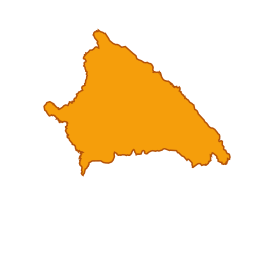 Tlanchinol, Hidalgo, Mexico, rotated 137°
{"feature_id": "50627088B11315942998338", "entity_name": "Tlanchinol", "entity_type": "district", "adm_level": 2, "iso_a3": "MEX", "parent_name": "Mexico", "parent_adm1": "Hidalgo", "projection": "robinson", "projection_center": [-98.632, 21.045], "detail": "fine", "context": "isolated", "style": "filled", "palette": "amber", "viewbox_px": 256, "rotation_deg": 137, "n_neighbors": 0, "source": "geoboundaries", "source_scale": "gbopen_adm2", "svg_char_len": 5817}
<svg xmlns="http://www.w3.org/2000/svg" viewBox="0 0 256 256"><g transform="rotate(137 128 128)"><path d="M174.8,200.9L176.7,197.8L176.3,196.1L177.0,193.7L177.3,190.8L177.1,190.3L174.9,189.6L174.9,188.7L173.7,188.1L173.4,187.4L173.5,186.8L173.1,186.4L173.4,184.2L173.2,183.9L173.5,183.4L174.0,183.3L173.6,183.0L173.3,183.3L173.0,183.1L173.2,181.7L174.1,180.6L173.4,181.0L173.8,180.0L173.7,179.9L173.1,180.5L172.8,180.0L173.1,179.2L173.8,179.3L173.6,179.7L173.9,179.6L174.1,179.4L173.9,179.1L174.1,179.0L174.6,178.3L173.4,178.9L173.4,179.2L172.9,178.5L172.6,178.5L172.8,178.0L172.1,177.2L172.5,176.4L171.6,177.2L171.1,176.6L170.2,176.4L169.6,175.4L169.2,175.1L168.6,173.4L168.9,172.9L169.2,173.3L169.5,173.0L170.7,171.3L170.9,171.5L171.9,171.2L172.7,171.5L173.2,170.9L173.0,169.5L174.2,169.5L174.8,168.8L175.6,168.6L176.5,165.1L176.3,163.5L177.0,163.2L177.6,163.9L178.7,162.7L178.6,161.5L178.2,160.6L179.0,159.1L179.3,154.6L179.9,154.0L179.0,152.6L178.9,151.2L179.1,150.5L180.5,148.5L180.6,147.5L181.1,147.0L181.0,146.8L180.9,147.2L180.0,147.1L180.3,147.0L180.3,145.3L180.6,144.3L179.8,144.5L179.6,144.9L179.1,144.7L179.3,144.3L179.0,143.6L179.2,142.9L178.5,142.7L178.3,142.3L178.6,142.1L177.9,141.8L177.7,141.1L179.2,141.9L179.7,141.6L179.6,142.5L180.1,142.3L179.7,140.7L180.5,140.6L181.5,139.8L181.8,140.2L182.4,139.7L182.9,139.9L183.5,139.5L183.2,139.5L183.4,137.7L184.2,138.0L184.9,136.9L185.5,137.1L186.0,136.2L187.5,135.4L187.4,135.0L188.0,134.4L188.4,133.2L188.2,132.7L188.3,131.0L188.9,130.2L190.9,128.7L191.4,127.1L192.9,126.8L193.4,125.2L193.2,124.0L192.3,124.5L190.7,124.8L187.3,127.1L185.9,126.7L184.1,127.3L183.3,127.2L182.4,127.9L181.7,127.8L180.3,129.1L176.6,128.3L170.3,122.6L169.5,119.6L168.1,117.7L166.1,115.6L163.1,114.4L160.8,114.7L157.5,116.3L155.9,118.5L154.4,119.4L153.6,117.0L154.0,116.0L153.6,114.6L152.1,113.6L151.9,113.0L150.3,112.3L148.6,110.5L147.9,109.0L146.8,108.7L146.0,107.4L145.3,106.9L143.8,106.9L142.1,107.3L141.7,107.8L139.7,108.4L138.5,108.3L138.5,107.4L139.4,105.7L139.6,104.1L140.3,102.8L138.4,102.2L138.1,101.5L136.2,100.1L133.4,101.4L132.3,101.2L131.9,100.6L131.9,99.4L132.8,98.6L132.8,97.8L132.3,96.7L131.1,96.0L130.6,96.3L128.7,96.0L126.5,95.3L125.3,94.5L123.7,92.3L121.9,91.4L121.1,90.1L118.0,88.6L116.5,88.6L115.2,87.7L112.9,83.2L112.3,83.0L108.0,78.4L108.5,76.1L107.8,75.5L107.6,70.8L106.7,69.0L106.9,64.2L105.7,64.4L105.3,64.2L104.9,63.2L104.9,59.2L105.2,58.4L106.3,57.4L106.8,55.6L107.2,55.7L107.6,55.3L107.4,54.9L101.4,54.2L100.5,53.7L99.4,52.6L99.6,50.4L97.5,49.4L96.6,47.9L96.3,47.7L96.0,48.1L95.8,47.6L95.5,47.5L93.4,47.4L92.9,47.7L92.3,47.8L92.1,48.2L91.5,48.3L91.5,48.0L89.5,47.8L89.0,48.9L88.5,49.2L86.2,51.9L86.1,51.4L86.0,51.7L85.3,51.4L83.3,52.3L82.9,51.6L82.3,47.3L82.7,46.1L83.5,45.5L83.3,44.5L83.5,43.6L84.7,42.3L83.7,39.8L82.8,38.8L83.7,37.9L83.4,37.5L83.1,36.5L81.6,35.6L81.4,35.1L80.9,35.3L80.7,35.0L80.5,35.4L80.1,35.0L79.6,35.6L79.4,35.1L79.2,35.2L78.4,36.1L77.3,36.0L77.0,36.7L76.1,37.6L76.0,36.7L75.3,36.4L75.3,36.1L75.1,35.9L74.0,36.8L73.3,37.1L71.9,39.6L72.0,40.3L72.9,41.7L72.4,43.6L71.8,45.1L72.5,46.4L72.5,47.3L70.7,48.9L70.6,51.3L68.1,53.9L68.6,55.2L70.3,55.7L70.5,56.1L69.8,57.3L68.6,57.4L67.6,58.4L66.5,59.5L65.8,60.8L66.1,62.8L65.8,63.5L65.5,67.8L66.1,70.1L67.2,71.3L67.7,72.8L67.8,74.8L67.5,75.5L67.2,78.0L67.6,79.3L67.4,81.2L67.0,81.8L67.0,90.7L66.5,91.2L65.8,93.2L65.9,94.5L66.5,96.1L64.2,100.0L64.5,100.6L64.6,102.4L65.3,104.7L64.9,107.5L65.3,108.6L65.5,111.0L66.0,111.1L64.9,112.3L65.2,112.5L65.4,114.3L65.1,114.4L65.1,114.8L65.5,115.8L65.0,117.6L65.2,118.1L64.5,118.5L65.2,120.1L63.6,120.8L62.7,121.9L62.6,122.7L62.8,122.6L63.2,122.9L63.1,123.1L64.3,123.7L64.5,124.2L64.1,125.2L65.4,125.8L65.5,126.3L66.0,126.5L66.4,126.3L66.6,127.7L66.0,127.9L65.9,128.9L66.4,129.8L65.9,130.1L66.4,130.6L66.2,130.9L66.8,131.2L66.5,131.7L66.0,131.4L66.6,134.8L67.5,135.5L68.7,137.5L69.1,138.8L69.2,139.6L68.7,142.2L67.6,144.4L67.9,144.8L67.8,145.2L67.0,146.0L66.9,145.8L66.6,146.5L67.0,147.1L66.9,147.5L67.3,147.3L67.9,147.7L67.8,148.2L69.7,149.7L70.1,150.9L70.9,151.3L71.1,151.1L71.5,151.5L70.7,151.9L70.5,153.0L69.8,154.1L68.5,154.9L68.3,155.7L67.9,155.9L67.7,156.5L67.7,157.5L67.3,158.2L67.6,159.6L68.7,161.1L69.2,162.9L70.5,163.6L71.9,165.4L71.8,165.8L72.4,168.1L73.7,170.7L74.3,172.7L72.9,175.5L73.5,179.1L74.4,189.4L77.6,191.4L78.2,194.9L79.0,196.5L80.2,197.5L81.3,200.2L81.8,204.2L81.6,205.6L81.2,206.4L80.1,212.8L81.0,213.4L81.2,215.0L82.5,217.3L82.9,219.9L83.7,219.1L84.2,219.1L84.5,219.4L84.4,220.0L84.8,220.6L85.7,220.2L86.9,221.0L88.4,220.7L89.2,219.9L90.0,219.8L89.9,219.1L90.9,216.3L91.1,212.0L91.4,211.5L92.1,211.6L92.7,211.0L93.2,208.7L94.9,206.5L95.8,208.8L96.3,209.2L97.2,209.4L99.4,209.2L101.1,209.5L102.8,210.9L105.4,210.5L107.1,210.8L107.7,211.6L108.5,210.5L109.4,210.5L109.8,211.2L110.1,211.0L110.1,210.4L112.2,210.0L113.2,209.1L113.1,208.6L112.5,208.0L112.9,205.6L113.6,205.2L114.8,205.6L115.7,205.5L116.8,203.9L118.0,203.6L118.0,201.7L119.0,200.5L119.4,199.1L120.1,198.4L119.7,197.2L120.5,196.2L121.7,195.8L122.0,194.1L123.0,193.8L124.8,192.2L126.5,191.7L128.4,189.9L129.4,190.0L130.4,188.6L132.8,189.5L133.9,189.3L134.7,188.4L135.5,186.5L136.8,187.1L138.7,187.4L139.6,187.9L141.0,187.3L142.5,187.9L142.9,187.6L143.2,186.3L144.2,186.2L145.5,185.4L146.8,186.1L148.1,185.7L148.7,184.7L149.4,184.2L149.7,184.4L150.0,185.0L150.7,185.6L151.4,185.2L151.6,184.4L152.1,184.5L152.3,186.1L153.0,187.0L154.0,186.3L154.8,186.3L156.3,185.4L156.7,185.4L157.2,186.5L158.1,187.5L160.0,188.0L161.8,187.8L165.8,188.6L166.0,188.9L165.6,189.0L165.6,189.5L165.2,189.7L165.1,190.1L165.8,190.7L166.2,193.0L166.0,193.3L166.2,194.4L166.0,194.8L166.3,195.2L165.8,195.9L166.1,197.0L166.4,196.9L166.2,197.4L166.7,198.5L167.0,200.0L167.5,200.7L170.1,201.9L172.1,201.2L173.7,201.3L174.8,200.9Z" fill="#f59e0b" stroke="#b45309" stroke-width="1.5"/></g></svg>